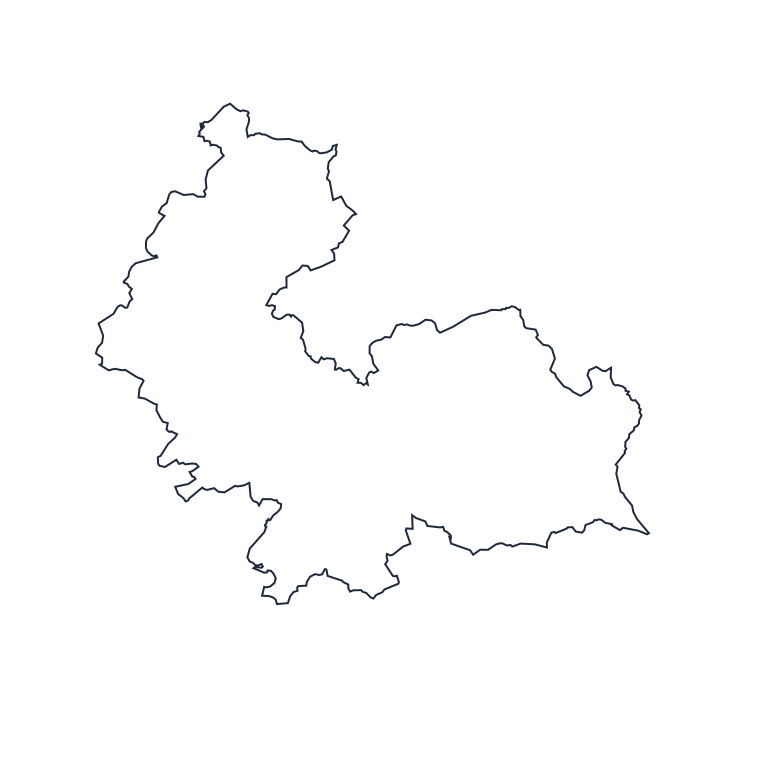 the district of Tullow Lea-6, Carlow, Ireland, rotated 283°
{"feature_id": "5873133B62819927990234", "entity_name": "Tullow Lea-6", "entity_type": "district", "adm_level": 2, "iso_a3": "IRL", "parent_name": "Ireland", "parent_adm1": "Carlow", "projection": "mercator", "projection_center": [-6.709, 52.768], "detail": "fine", "context": "isolated", "style": "outline", "palette": "slate", "viewbox_px": 768, "rotation_deg": 283, "n_neighbors": 0, "source": "geoboundaries", "source_scale": "gbopen_adm2", "svg_char_len": 6149}
<svg xmlns="http://www.w3.org/2000/svg" viewBox="0 0 768 768"><g transform="rotate(283 384 384)"><path d="M348.9,96.4L346.3,103.5L340.4,104.7L338.8,102.7L335.4,112.7L338.3,118.4L338.5,126.1L339.6,128.7L335.1,141.6L334.2,147.4L333.1,149.0L324.5,146.8L315.7,147.9L316.0,154.3L313.1,164.2L312.9,167.3L307.4,168.1L301.0,173.4L297.5,177.0L297.3,182.1L290.9,182.3L289.2,184.9L289.2,186.5L290.0,187.2L288.6,193.7L284.9,192.5L276.9,187.1L263.7,182.5L261.8,180.1L255.5,181.9L253.9,183.5L253.8,189.2L263.5,198.7L260.0,202.3L262.1,205.9L261.0,208.3L263.4,215.0L263.8,218.9L261.7,221.9L256.0,216.9L254.5,214.4L250.6,218.1L250.8,220.0L249.0,221.7L242.5,215.8L236.9,203.7L230.5,208.1L227.8,214.1L225.0,217.2L226.6,219.5L228.6,219.9L242.3,230.3L241.2,232.3L241.0,235.5L244.3,241.9L241.8,246.7L242.5,252.9L251.4,262.0L251.2,264.2L253.8,270.5L257.4,275.0L244.1,279.4L240.7,282.8L240.0,287.3L237.5,289.6L244.5,291.6L246.4,300.2L245.9,304.0L246.7,305.5L244.5,307.4L243.8,310.8L239.8,311.3L235.9,309.5L230.8,305.5L225.7,303.7L226.4,301.7L224.6,301.6L224.4,300.3L221.9,300.9L219.8,299.7L218.4,300.5L218.5,301.4L212.7,300.7L193.6,290.3L184.5,289.8L180.8,293.1L180.2,296.8L178.7,298.9L178.5,301.4L181.0,305.2L178.8,307.0L177.4,306.0L176.8,299.7L175.2,298.3L173.2,309.7L174.1,312.3L176.1,312.5L176.5,316.0L174.3,319.1L170.2,322.3L165.5,322.0L161.3,318.9L159.5,315.5L159.3,312.9L150.3,312.8L151.5,319.6L151.1,323.7L149.7,326.9L145.5,329.2L148.8,339.6L156.3,340.4L160.9,342.6L163.0,346.2L166.1,345.2L167.8,346.0L170.0,353.6L173.7,353.3L179.6,355.3L183.3,359.7L183.3,363.8L184.6,366.5L190.3,368.0L190.3,369.6L184.3,372.3L182.9,387.6L181.8,388.9L180.6,394.3L176.8,395.2L174.1,397.7L176.0,400.3L178.0,408.0L176.7,410.0L176.4,413.8L173.0,419.1L172.6,421.9L176.7,423.8L180.7,429.2L183.9,430.6L192.6,442.9L194.3,443.1L200.1,439.6L199.0,437.7L199.0,435.8L208.7,425.7L212.4,427.2L217.0,425.2L219.1,425.2L218.3,428.5L219.6,431.0L229.9,439.2L234.3,445.7L246.3,438.1L248.3,438.3L249.3,444.5L262.5,440.9L260.6,445.3L259.4,455.3L255.4,458.2L256.9,470.9L258.1,473.8L254.7,475.7L254.0,478.8L251.5,483.1L249.0,483.8L249.5,482.2L243.6,485.3L241.4,505.3L237.7,509.3L244.2,515.0L245.8,522.6L252.9,529.2L254.6,532.2L255.4,535.0L254.3,540.1L255.6,543.4L254.4,545.5L259.3,553.2L261.7,567.0L261.3,579.5L266.2,578.3L276.8,580.5L278.2,583.3L277.4,584.8L284.3,594.6L285.5,595.0L286.9,599.7L283.4,604.0L283.6,610.3L286.5,612.0L291.9,612.1L296.2,618.5L298.9,619.9L298.9,621.5L300.4,623.7L300.6,626.3L298.5,630.9L298.7,637.7L297.6,637.5L294.7,646.7L297.7,649.3L298.3,664.8L296.7,674.0L298.2,675.7L309.3,660.9L315.6,655.6L321.3,653.1L328.3,644.1L331.1,641.9L332.3,638.8L348.9,630.5L355.9,630.2L357.6,627.9L371.0,634.3L372.9,633.6L375.6,634.6L376.8,633.2L381.8,632.3L386.6,634.8L390.2,634.3L395.0,637.8L398.2,637.8L400.0,640.0L402.8,641.3L406.2,640.7L411.2,642.0L414.1,639.4L417.1,639.8L418.0,637.8L420.6,637.6L424.8,632.6L423.9,630.8L424.4,628.3L428.1,625.6L428.7,623.1L431.6,624.2L431.7,620.9L434.0,620.3L435.3,616.9L435.6,612.1L434.7,609.7L435.7,607.4L441.4,603.4L450.9,601.6L446.3,596.9L446.1,593.8L448.5,587.1L443.6,580.7L438.2,580.3L433.1,584.7L427.4,587.2L423.5,585.4L416.7,578.1L418.7,570.3L421.1,565.8L422.2,559.8L429.5,550.2L432.5,548.5L433.5,544.9L435.2,542.8L447.3,544.8L455.9,539.8L458.4,535.7L458.0,530.4L462.6,523.1L463.8,521.8L466.4,523.0L471.1,519.5L470.4,510.1L471.6,507.8L477.7,505.2L480.8,501.7L486.9,500.1L486.4,498.9L488.4,494.3L488.5,491.0L486.2,488.4L485.5,485.7L484.3,485.5L483.4,482.0L482.2,481.4L480.4,472.1L476.3,466.4L470.1,453.5L455.2,438.3L446.6,427.1L448.4,423.7L454.8,419.9L456.6,416.2L456.0,410.0L450.2,404.6L447.3,399.1L446.7,395.8L447.3,393.2L446.0,390.2L446.4,387.8L444.0,383.0L430.8,379.7L430.0,374.4L426.6,371.3L424.4,366.6L421.2,363.2L417.6,361.5L410.6,363.1L408.4,365.9L401.4,369.0L395.9,375.3L392.3,371.6L393.2,368.8L391.8,367.0L386.0,365.4L379.9,368.3L380.7,366.3L378.3,364.3L379.9,361.4L379.3,357.9L383.0,358.2L383.8,355.1L390.2,347.2L387.6,341.8L389.6,338.0L389.3,336.3L387.1,334.2L387.1,332.8L393.1,332.4L397.1,329.6L396.3,322.7L394.5,319.7L396.0,317.0L389.9,315.1L389.9,311.9L392.3,307.2L394.4,306.3L394.3,304.5L398.1,299.8L400.7,299.7L408.8,295.2L410.2,292.5L417.4,293.5L425.3,290.4L430.6,280.3L430.2,278.4L428.8,278.2L430.3,276.3L429.7,273.6L424.7,269.2L423.5,266.8L424.5,261.1L427.4,258.9L430.7,259.5L431.6,260.7L435.3,260.3L435.6,257.3L434.2,254.1L434.4,251.6L446.8,255.1L447.2,258.6L452.7,261.1L455.7,265.3L456.1,267.3L466.2,264.9L475.8,275.3L481.1,277.9L481.9,283.2L478.2,286.9L484.2,296.4L493.4,307.9L499.8,306.1L502.8,302.7L506.7,308.4L511.0,308.5L513.2,311.6L525.5,315.5L529.4,309.2L541.4,315.5L543.2,318.5L545.7,314.9L549.2,307.1L557.1,300.1L551.8,293.1L569.3,285.5L571.3,282.1L579.0,282.6L581.0,280.8L587.7,280.2L594.3,283.5L595.8,285.6L599.7,285.5L601.5,284.0L606.4,284.2L604.4,280.6L600.5,280.4L598.6,278.2L596.7,275.9L594.6,270.5L594.5,268.9L595.9,266.1L595.6,263.5L594.5,262.2L595.1,259.3L598.2,253.2L601.7,249.2L601.0,245.5L601.4,236.3L598.4,225.3L598.3,220.3L600.3,212.0L599.7,208.8L600.4,206.7L598.9,202.3L597.3,201.5L596.3,197.7L594.1,195.7L601.2,192.7L608.9,193.4L612.5,192.8L615.2,190.4L617.6,191.3L618.8,190.0L619.0,185.3L617.5,182.7L618.5,178.5L622.5,171.0L618.2,165.5L602.4,156.4L599.5,153.5L599.0,150.2L597.1,148.8L596.4,146.6L594.4,147.4L595.5,149.4L594.4,150.7L592.9,150.0L593.7,149.0L593.2,147.8L591.3,148.9L587.9,147.2L586.4,148.2L583.9,147.4L584.2,152.4L580.2,154.5L581.2,156.8L581.0,159.7L577.5,161.6L578.6,163.3L578.8,167.6L577.5,169.7L577.5,171.6L572.8,173.4L570.4,176.5L552.4,164.4L543.0,164.2L534.8,167.0L531.4,165.2L528.6,167.4L526.1,167.0L524.6,160.2L526.1,155.5L523.1,146.3L524.8,137.1L523.3,133.7L520.7,132.2L511.3,131.5L507.1,127.8L501.5,126.1L500.1,126.3L498.4,132.3L489.9,128.0L479.7,125.3L472.4,120.5L469.2,120.1L463.1,121.4L460.0,123.5L456.9,129.0L456.8,131.0L458.1,133.4L456.4,134.6L445.9,115.0L441.6,111.9L436.1,110.4L431.1,110.8L425.1,107.3L424.3,107.8L423.7,111.5L421.5,113.6L420.0,116.9L415.2,115.4L410.1,119.6L407.2,117.6L400.7,116.6L400.1,114.6L401.6,110.9L401.3,109.2L399.1,107.0L391.6,104.7L378.8,92.3L367.9,99.5L360.8,100.0L354.9,96.8L348.9,96.4Z" fill="none" stroke="#1e293b" stroke-width="2"/></g></svg>